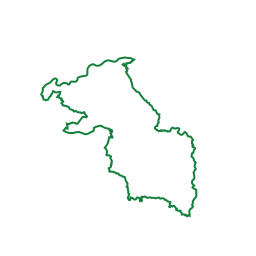 the district of Huong Thuy, Thừa Thiên - Huế, Vietnam, rotated 296°
{"feature_id": "81297802B27432396017289", "entity_name": "Huong Thuy", "entity_type": "district", "adm_level": 2, "iso_a3": "VNM", "parent_name": "Vietnam", "parent_adm1": "Thừa Thiên - Huế", "projection": "robinson", "projection_center": [107.606, 16.324], "detail": "fine", "context": "isolated", "style": "outline", "palette": "green", "viewbox_px": 256, "rotation_deg": 296, "n_neighbors": 0, "source": "geoboundaries", "source_scale": "gbopen_adm2", "svg_char_len": 5836}
<svg xmlns="http://www.w3.org/2000/svg" viewBox="0 0 256 256"><g transform="rotate(296 128 128)"><path d="M76.1,222.0L77.5,221.3L79.0,220.1L80.3,219.5L82.1,219.4L84.5,220.6L85.9,220.9L86.1,220.7L86.7,219.4L89.0,219.2L90.8,218.3L92.2,218.6L93.0,218.5L95.1,219.3L97.2,219.1L102.4,216.3L102.5,215.4L102.4,213.4L102.8,212.0L104.0,212.2L105.2,212.8L106.0,210.5L106.5,209.8L107.2,209.2L108.7,208.9L109.9,209.2L110.8,209.6L111.8,209.7L113.9,208.7L116.6,206.5L118.2,206.6L118.9,206.4L120.4,206.8L121.1,206.8L122.5,204.7L125.7,203.9L126.6,204.1L126.8,203.0L127.5,201.8L129.4,200.1L130.3,197.5L131.4,197.3L132.8,196.7L133.7,196.9L134.3,197.6L136.1,197.1L139.1,197.2L139.6,196.2L139.2,195.1L139.8,193.8L140.0,193.7L141.2,194.1L141.4,193.4L142.1,192.8L142.1,192.2L142.9,192.1L143.9,191.4L144.3,191.3L144.9,191.7L145.9,191.7L146.1,190.8L147.4,189.0L147.7,188.1L147.7,187.6L147.0,186.8L147.1,185.0L148.5,183.6L148.9,182.9L149.4,181.2L149.1,180.7L147.3,180.3L145.8,179.5L145.1,178.9L145.1,178.3L145.5,175.2L145.6,174.8L146.5,174.4L147.8,174.7L149.3,174.7L149.8,174.3L150.0,173.2L149.4,172.2L147.9,170.3L147.8,169.8L148.1,168.4L147.8,167.8L146.4,167.1L143.7,167.2L142.9,166.4L142.6,165.1L142.0,164.6L142.2,164.1L141.9,163.4L142.1,162.3L141.8,161.5L141.3,161.4L141.1,160.6L140.3,159.9L140.2,159.7L140.6,159.4L140.6,158.8L139.8,158.5L138.6,156.7L139.1,155.2L138.7,154.6L139.2,153.7L139.4,152.5L140.1,152.0L141.5,152.2L142.3,152.7L142.7,153.5L143.5,153.1L144.8,152.8L146.5,153.2L147.7,152.1L148.9,151.8L150.3,151.9L151.7,151.3L153.0,150.5L154.0,150.2L153.5,148.8L153.7,147.9L154.2,147.1L155.9,145.4L155.9,144.9L155.3,143.4L155.5,142.9L157.9,140.0L158.3,139.2L158.3,137.9L158.8,136.7L159.2,136.2L159.8,136.0L159.4,135.2L159.6,133.6L160.7,132.4L160.2,131.8L160.6,130.2L161.2,128.8L161.5,128.5L161.7,127.8L163.3,124.6L164.4,123.3L164.8,121.5L164.7,120.2L164.4,119.8L164.6,119.1L165.2,118.3L165.8,116.0L166.5,114.6L166.8,114.1L167.8,113.6L168.9,112.6L170.4,111.6L171.0,110.7L171.2,110.2L172.8,109.5L174.9,105.6L177.5,101.6L178.9,102.3L180.6,100.4L181.3,101.5L182.4,99.4L182.2,97.3L182.7,95.4L183.9,96.1L183.5,98.2L184.2,98.9L185.5,98.2L186.3,99.7L187.6,101.5L188.4,101.4L188.7,101.9L189.3,102.3L189.9,102.2L190.9,103.2L192.2,103.5L191.9,102.3L192.0,99.9L190.7,96.8L190.2,94.7L189.7,93.8L186.7,89.9L185.7,89.2L183.3,88.4L182.3,87.8L181.3,85.9L180.5,81.6L179.7,79.8L178.4,78.6L177.4,77.9L173.1,76.0L171.5,74.7L170.4,73.1L170.1,72.1L170.1,68.9L169.6,68.1L168.2,66.8L167.0,66.2L166.1,65.9L163.6,65.6L160.4,66.9L159.3,67.6L157.8,68.0L157.2,67.7L156.4,67.0L153.6,63.1L151.6,61.1L150.9,61.0L148.9,61.4L147.4,61.2L146.6,60.3L145.9,59.3L145.3,57.6L144.7,56.5L143.8,56.2L141.6,56.1L141.1,55.8L140.9,55.2L141.3,53.7L141.2,53.0L140.7,51.2L140.1,50.2L138.0,48.8L136.3,48.1L135.9,47.6L135.5,45.8L135.8,44.6L136.7,43.7L139.9,43.3L140.3,43.1L140.8,42.0L140.8,41.5L140.5,40.6L140.0,40.1L138.9,39.4L134.9,38.2L130.5,35.1L126.5,34.0L123.9,35.2L121.1,35.2L120.0,35.4L119.3,36.5L119.3,37.6L118.2,37.9L117.6,38.8L116.8,39.3L116.6,39.7L117.0,40.7L117.0,42.2L118.6,43.8L119.4,43.7L121.5,43.9L123.1,44.6L124.4,44.3L127.0,44.8L128.3,44.5L128.3,47.6L130.7,51.4L128.4,51.9L127.4,51.8L126.8,51.7L126.8,51.1L124.8,50.8L125.4,55.1L124.9,55.1L125.0,55.4L124.5,55.6L124.5,55.9L123.9,56.0L124.0,57.1L123.3,58.2L121.9,57.3L121.2,57.2L120.7,58.6L119.7,59.5L120.2,60.3L120.2,61.5L120.6,62.6L120.6,63.6L121.0,65.0L120.9,65.5L119.6,67.2L119.5,68.3L120.0,70.4L119.1,72.1L119.5,72.7L120.1,72.9L120.3,73.1L120.4,74.2L120.2,74.7L120.2,75.8L120.9,78.1L121.1,78.2L121.0,79.6L121.3,79.7L122.0,80.9L122.4,81.0L123.0,81.7L122.9,81.9L122.5,81.8L120.3,86.1L119.3,85.8L118.9,84.0L118.1,82.4L109.7,80.7L109.2,79.6L109.3,78.7L108.7,75.8L108.1,75.5L107.0,74.0L105.6,73.5L105.2,71.3L104.9,71.6L104.0,71.7L103.1,72.8L100.9,73.9L100.9,72.0L97.4,71.2L97.3,74.3L97.4,75.6L97.8,77.2L98.4,78.8L99.6,81.1L101.9,83.9L102.9,85.6L103.3,88.6L103.5,91.4L104.0,93.0L105.6,94.8L108.6,96.9L109.9,98.2L110.5,98.4L111.0,98.2L112.8,97.3L113.3,97.3L116.1,99.8L118.0,102.2L118.1,103.1L118.1,104.5L117.9,105.3L118.0,106.6L118.6,110.3L119.1,111.2L118.7,112.0L118.1,112.1L117.8,113.0L118.0,113.4L118.7,113.2L118.6,113.7L119.0,114.2L118.9,114.5L118.2,115.0L118.1,114.3L117.4,113.9L117.0,114.6L116.6,114.3L116.2,115.2L115.5,114.9L115.4,115.3L114.4,115.9L113.8,117.0L113.4,116.6L112.8,118.1L112.5,118.1L111.5,115.2L105.9,116.5L103.2,116.4L100.0,115.8L99.9,116.8L97.8,119.5L94.4,120.4L94.2,121.1L95.0,122.4L95.1,123.9L94.9,125.2L93.2,125.3L92.0,127.1L90.6,128.5L89.7,128.1L88.5,129.1L88.0,129.2L87.4,128.7L86.4,129.5L85.9,129.6L85.2,129.5L83.3,128.3L82.8,129.0L82.1,129.8L80.9,130.1L80.7,130.7L81.4,131.8L82.2,133.9L82.1,134.7L82.4,135.8L82.0,137.1L82.0,137.7L82.8,138.4L82.6,139.8L82.0,140.6L81.8,141.6L82.2,142.3L82.4,143.2L81.9,144.8L82.6,146.2L82.6,146.5L79.5,149.3L78.7,150.9L78.2,151.1L78.0,151.9L75.9,152.7L74.6,152.6L74.7,153.3L74.3,154.1L72.9,154.6L71.3,156.0L69.4,156.9L69.2,158.1L66.7,158.4L65.5,158.2L64.4,159.3L63.8,160.2L63.9,161.0L64.2,161.4L65.0,161.4L66.3,160.7L66.8,160.8L67.0,163.2L66.6,164.4L66.7,165.7L67.3,166.3L69.4,166.6L69.9,167.2L70.0,167.7L69.7,169.2L69.1,169.9L67.6,170.7L67.5,171.0L67.8,171.7L68.2,172.2L69.0,172.4L70.0,171.7L71.0,170.4L71.7,170.3L72.3,170.6L72.8,172.2L73.9,173.2L73.9,173.6L73.6,174.9L73.7,175.8L74.1,176.6L75.2,177.8L75.6,179.9L76.5,181.5L77.0,183.8L78.2,185.0L79.0,186.3L78.6,188.0L79.8,189.3L80.3,191.2L80.2,191.7L79.6,192.6L80.0,193.7L80.0,194.1L79.5,195.1L79.5,196.6L79.9,198.1L79.9,198.6L79.2,198.9L77.8,198.8L76.9,199.8L75.4,199.5L75.1,199.9L75.3,200.4L77.0,201.1L76.9,202.3L78.0,203.1L78.2,203.8L77.1,205.7L76.9,207.1L75.9,207.0L75.4,207.4L75.7,208.4L75.5,209.1L75.6,209.5L76.4,210.5L76.6,211.4L75.7,211.9L75.6,213.0L73.8,214.2L74.7,215.7L74.5,217.3L75.3,217.4L75.3,217.7L75.3,219.4L74.7,219.5L74.6,220.0L76.0,220.4L76.1,222.0Z" fill="none" stroke="#15803d" stroke-width="2"/></g></svg>